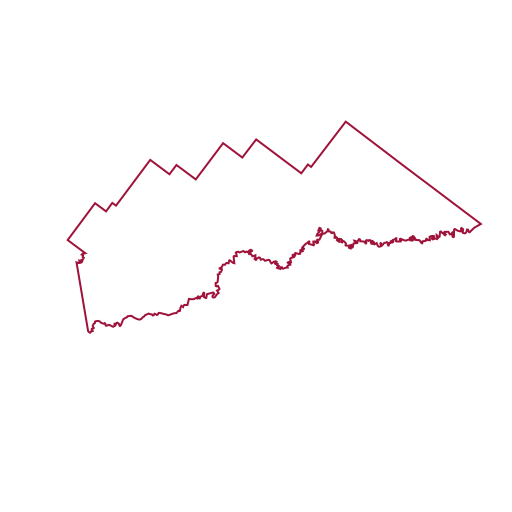 Libertador General San Martín, Chaco, Argentina, rotated 127°
{"feature_id": "61730980B66266771841510", "entity_name": "Libertador General San Martín", "entity_type": "district", "adm_level": 2, "iso_a3": "ARG", "parent_name": "Argentina", "parent_adm1": "Chaco", "projection": "robinson", "projection_center": [-59.436, -26.27], "detail": "fine", "context": "isolated", "style": "outline", "palette": "rose", "viewbox_px": 512, "rotation_deg": 127, "n_neighbors": 0, "source": "geoboundaries", "source_scale": "gbopen_adm2", "svg_char_len": 6159}
<svg xmlns="http://www.w3.org/2000/svg" viewBox="0 0 512 512"><g transform="rotate(127 256 256)"><path d="M94.7,265.2L151.7,265.6L151.7,269.6L162.7,269.6L162.8,326.0L185.6,326.2L185.7,350.2L231.1,350.2L231.2,374.3L242.8,374.3L242.9,398.3L300.0,398.1L300.1,402.7L310.6,402.6L310.7,416.3L356.6,416.0L356.5,394.0L358.4,395.8L359.8,396.0L359.6,394.5L361.1,393.8L360.9,393.1L361.1,392.4L363.7,392.1L364.3,393.1L364.6,393.1L365.3,392.6L364.4,391.8L365.2,391.4L366.0,392.2L366.1,394.2L366.9,393.5L367.1,392.2L368.1,393.0L369.1,395.5L417.1,344.8L417.3,342.9L417.0,342.3L415.6,342.3L414.3,341.2L414.1,341.4L414.0,342.7L412.9,343.3L411.5,342.1L411.0,342.3L410.5,343.9L410.0,344.4L408.0,344.8L406.5,344.3L405.2,345.1L404.4,344.6L402.8,343.0L402.3,341.4L402.6,339.5L401.7,336.7L400.7,336.5L400.7,335.6L402.0,334.1L401.3,333.1L399.7,332.3L399.3,331.6L398.5,327.5L397.1,326.9L395.2,328.2L394.9,327.9L395.4,326.7L393.3,327.0L392.7,326.6L392.6,324.7L393.8,323.1L393.8,322.5L392.5,322.3L386.5,323.9L384.1,323.1L382.6,322.2L381.4,322.3L378.8,319.6L378.5,315.7L377.8,312.7L376.8,310.6L375.4,309.8L372.7,309.5L371.6,308.9L370.2,309.0L366.7,307.2L366.0,305.1L365.3,304.1L365.6,302.6L364.7,302.1L363.2,302.3L362.8,300.8L362.8,299.7L362.3,299.3L360.0,299.4L359.4,298.7L356.5,291.9L356.3,290.5L351.2,287.1L349.4,285.2L346.4,285.0L346.0,283.9L345.6,283.7L343.0,285.1L340.7,285.6L340.6,283.5L339.0,284.0L338.1,283.7L336.4,281.3L330.6,283.7L329.2,281.3L327.8,279.7L325.6,278.6L325.3,277.3L324.8,277.3L324.1,278.0L323.4,278.1L322.9,277.6L323.1,277.1L324.1,276.2L323.8,275.4L321.7,275.8L320.1,274.7L317.6,275.8L316.8,275.7L316.7,275.2L317.3,274.6L319.1,273.5L319.7,273.6L320.1,272.8L319.8,270.7L319.4,270.5L316.0,272.2L311.1,268.4L310.8,267.9L311.4,266.5L313.2,266.8L314.1,266.7L314.9,266.0L314.9,265.1L313.8,264.1L309.9,264.1L308.0,263.6L307.1,266.3L304.7,265.2L304.1,265.6L302.8,268.3L304.0,269.3L304.2,270.0L302.2,271.8L301.7,272.0L300.7,271.1L299.7,271.1L295.2,273.8L293.8,275.4L292.4,274.2L291.0,275.3L289.8,274.4L287.4,274.9L287.1,275.3L288.0,277.5L287.7,277.7L285.7,276.6L282.8,277.2L281.8,275.6L279.4,275.5L278.3,273.5L275.8,274.7L275.2,274.4L275.3,270.2L274.8,269.0L270.1,273.4L269.2,273.5L267.7,271.3L265.9,273.2L265.7,274.0L264.6,274.0L263.4,272.9L263.0,271.2L259.6,269.1L259.7,267.1L258.3,266.4L258.1,265.1L254.9,264.4L254.1,263.8L254.1,262.3L254.7,262.2L257.1,263.2L258.0,263.2L258.6,262.6L257.5,261.0L258.4,258.7L255.8,256.9L257.2,255.9L259.2,255.4L259.2,253.7L258.7,253.5L257.6,254.2L256.8,253.4L255.4,252.9L255.0,251.8L256.1,250.0L254.5,248.8L254.1,247.9L254.4,245.9L251.7,243.9L251.3,243.2L251.3,242.2L252.4,240.3L252.6,239.2L249.6,238.2L248.3,237.0L248.2,236.3L250.6,236.2L250.7,235.6L249.2,234.4L249.2,234.0L250.6,233.5L250.1,232.3L250.2,231.5L252.5,232.2L252.9,231.7L252.0,230.1L251.8,228.8L250.9,228.6L250.4,229.3L249.9,229.2L249.4,228.5L250.0,227.8L250.0,226.9L247.0,224.9L246.2,223.7L245.1,224.9L244.4,224.8L242.3,223.4L241.9,224.2L242.3,226.2L242.1,226.7L240.6,225.9L240.5,224.2L240.1,224.1L237.6,227.1L236.7,227.0L234.5,225.4L233.9,226.8L233.3,227.3L232.7,227.1L233.3,225.6L233.1,225.0L231.7,225.2L230.6,226.3L230.0,226.4L228.4,222.7L227.6,222.1L224.7,224.1L224.2,223.7L224.7,222.1L224.0,221.6L223.4,222.7L222.9,222.9L221.8,221.9L221.3,222.0L221.1,222.8L221.8,224.0L221.3,224.2L216.7,223.7L214.3,222.8L212.9,222.7L212.4,222.2L212.7,221.8L213.9,221.6L214.5,221.0L212.7,216.4L212.0,216.4L211.1,218.0L209.9,218.9L209.2,218.1L209.1,215.1L207.9,214.5L207.4,214.9L207.9,216.1L207.2,216.9L206.0,216.8L205.3,215.5L204.7,215.2L198.9,216.3L198.5,216.6L198.8,217.1L201.7,218.2L203.2,219.8L201.7,220.3L198.1,219.9L197.7,220.5L198.2,221.5L195.4,222.2L195.0,221.0L196.2,219.9L196.0,218.2L197.7,216.9L198.0,215.8L196.7,214.8L193.4,213.9L191.3,214.6L191.2,214.1L192.6,212.8L191.6,211.0L192.3,209.6L191.8,209.0L190.7,208.7L190.4,207.8L191.9,205.6L194.2,204.2L193.8,203.6L192.7,203.5L192.5,202.7L193.4,201.2L194.6,201.0L194.7,200.6L194.6,198.3L193.6,198.6L193.7,199.6L193.2,200.4L192.4,200.1L191.3,198.4L191.5,196.9L193.5,196.4L193.2,195.3L191.6,195.4L191.3,194.1L191.9,191.7L193.5,191.0L193.6,190.6L192.0,188.1L189.7,186.5L189.9,186.0L190.7,185.8L191.6,186.1L192.2,186.9L193.3,187.0L193.5,186.7L193.0,184.8L191.8,185.0L191.2,184.1L190.4,184.1L187.3,185.7L185.8,184.1L184.6,186.6L184.0,185.4L184.7,183.6L184.5,183.0L182.6,183.8L180.6,183.9L180.2,183.3L180.5,182.4L181.5,181.6L179.4,178.4L180.0,176.0L179.8,175.7L179.1,175.8L177.8,177.3L177.0,177.4L176.5,176.7L176.3,175.4L175.3,175.3L174.6,174.2L176.1,172.4L176.7,171.2L176.4,170.5L176.0,170.3L174.6,172.6L173.9,172.1L174.1,170.0L175.3,169.6L175.5,168.9L175.5,168.5L173.1,167.4L174.5,165.0L174.6,163.5L174.1,162.8L173.0,162.1L172.3,162.5L171.2,164.2L170.7,164.2L170.6,163.7L171.8,162.2L171.6,161.6L168.4,161.5L167.6,160.6L166.2,159.9L166.4,158.3L167.5,157.7L168.0,156.9L167.8,156.4L166.6,156.8L166.0,158.1L164.7,156.4L163.2,157.3L162.5,156.9L163.2,155.6L163.1,155.2L162.2,154.9L161.7,155.3L161.5,156.1L160.8,156.3L159.2,155.2L157.9,155.1L157.4,154.6L158.0,154.0L159.9,153.2L159.7,152.3L157.3,149.2L156.4,149.3L156.5,150.5L155.8,151.3L155.2,150.9L154.1,146.7L153.5,145.6L151.4,144.2L150.3,143.0L149.7,142.9L149.1,144.0L147.5,143.4L147.2,142.9L149.0,142.0L150.4,141.8L150.0,140.8L148.4,139.9L147.6,140.1L146.4,142.3L145.8,142.7L145.4,141.9L146.4,139.0L147.1,138.2L145.0,135.0L146.0,132.1L145.9,131.0L145.3,131.0L144.9,131.8L144.2,132.0L141.8,129.6L141.0,129.4L140.4,130.3L139.7,130.3L139.5,129.2L139.7,127.9L138.8,126.6L136.3,128.9L134.8,128.2L133.0,126.1L133.7,125.2L135.9,126.3L136.4,125.7L136.3,124.7L134.3,123.5L133.8,122.8L133.6,121.6L132.4,121.5L131.6,122.7L131.4,123.9L130.6,124.4L130.9,121.3L130.0,121.0L125.9,123.6L125.2,123.2L125.7,117.5L124.5,117.4L124.5,120.1L123.2,119.9L120.9,116.9L122.1,114.2L121.1,113.4L118.9,113.3L119.1,112.3L121.7,111.4L122.3,110.5L122.2,109.8L121.7,109.5L121.1,109.8L115.6,113.7L114.8,113.5L114.4,110.0L113.4,107.7L112.8,107.2L111.9,107.6L110.7,108.8L110.0,108.7L110.0,106.9L111.5,105.7L112.6,105.7L113.0,104.7L112.3,102.9L111.4,102.4L109.6,102.6L107.9,103.4L107.4,102.5L108.7,100.2L108.5,99.7L102.1,98.7L95.1,95.7L95.1,193.0L94.7,265.2Z" fill="none" stroke="#9f1239" stroke-width="2"/></g></svg>